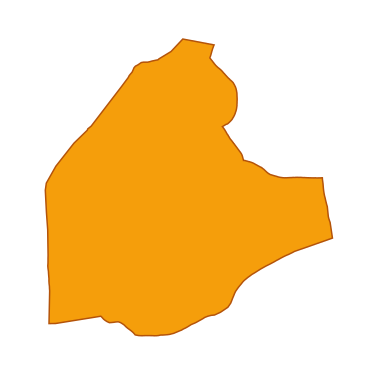 the district of Rahabah, Ma'rib, Yemen, rotated 8°
{"feature_id": "15242507B53834737304279", "entity_name": "Rahabah", "entity_type": "district", "adm_level": 2, "iso_a3": "YEM", "parent_name": "Yemen", "parent_adm1": "Ma'rib", "projection": "robinson", "projection_center": [45.139, 14.958], "detail": "fine", "context": "isolated", "style": "filled", "palette": "amber", "viewbox_px": 384, "rotation_deg": 8, "n_neighbors": 0, "source": "geoboundaries", "source_scale": "gbopen_adm2", "svg_char_len": 5978}
<svg xmlns="http://www.w3.org/2000/svg" viewBox="0 0 384 384"><g transform="rotate(8 192 192)"><path d="M155.6,341.4L157.2,341.5L159.2,341.6L161.4,341.4L163.5,341.1L165.7,340.7L168.0,340.4L170.1,340.1L172.4,339.8L174.7,339.6L176.7,339.3L178.8,338.8L180.9,338.0L183.1,337.7L185.4,337.2L187.6,336.7L189.7,336.1L191.6,335.3L193.6,334.5L195.4,333.4L197.3,332.3L199.1,331.2L200.9,330.2L202.6,328.8L204.5,327.6L206.2,326.3L207.9,324.9L209.5,323.5L211.3,322.4L213.2,321.3L214.9,320.1L216.7,318.7L218.6,317.3L220.3,316.0L221.9,314.6L222.1,314.4L225.0,312.8L228.1,311.5L231.4,310.7L237.1,307.0L243.6,301.1L245.8,296.7L246.5,293.8L247.0,291.6L247.7,289.0L248.3,286.5L249.0,284.3L250.1,282.1L251.2,280.0L252.4,278.0L253.6,276.1L254.8,274.0L256.1,272.2L257.6,270.6L259.2,268.8L260.9,267.2L262.9,265.2L264.7,263.8L266.5,262.3L270.2,259.1L271.9,257.8L273.6,256.5L275.3,255.2L276.3,254.5L279.1,252.6L283.1,249.7L285.1,248.1L287.1,246.7L288.9,245.3L290.7,244.0L292.4,242.8L294.4,241.5L296.3,240.4L298.2,239.1L300.0,237.9L301.7,236.6L337.5,218.1L333.0,202.9L332.2,201.4L331.1,199.1L330.4,197.3L328.0,187.6L327.2,185.9L326.4,183.9L325.5,181.7L324.7,179.5L323.8,177.4L323.0,175.1L322.3,172.8L321.7,170.5L321.2,168.3L320.6,165.6L319.4,161.3L319.1,159.8L318.6,159.9L318.2,159.9L317.7,160.0L317.4,160.2L317.0,160.2L316.4,160.3L316.0,160.3L315.7,160.4L315.4,160.4L314.8,160.6L314.3,160.6L313.6,160.7L312.9,160.8L312.1,160.8L311.3,161.0L310.5,161.1L309.7,161.2L309.0,161.3L308.2,161.4L307.5,161.4L306.9,161.6L306.0,161.6L304.7,161.8L304.3,161.8L303.6,161.9L303.0,161.9L302.6,162.0L301.5,162.0L300.8,162.2L300.1,162.2L299.5,162.3L298.5,162.3L297.9,162.4L297.2,162.4L296.7,162.5L295.9,162.7L295.5,162.7L295.2,162.7L294.6,162.8L294.1,162.8L293.7,162.9L293.2,163.0L292.5,163.1L291.8,163.3L291.0,163.4L289.9,163.5L289.0,163.8L287.6,164.0L286.5,164.2L285.5,164.4L284.4,164.6L283.5,164.8L282.6,164.9L281.6,165.1L281.0,165.1L280.1,165.2L276.7,165.2L276.0,165.1L275.5,165.1L274.8,165.0L274.0,164.8L273.2,164.7L272.4,164.6L271.6,164.5L270.2,164.3L269.0,164.1L268.4,164.0L268.1,164.0L267.7,163.9L267.4,163.9L267.1,163.8L266.6,163.7L266.1,163.4L265.1,163.0L264.6,162.7L263.9,162.3L263.5,162.1L263.0,161.7L262.4,161.3L261.3,160.5L260.9,160.2L260.3,159.8L260.1,159.6L259.3,159.2L258.6,158.8L258.0,158.4L257.7,158.2L257.2,158.1L256.8,157.8L256.5,157.8L256.1,157.7L255.8,157.6L255.1,157.3L254.8,157.2L254.5,157.1L254.0,156.9L253.5,156.8L253.0,156.5L252.4,156.3L251.9,156.1L251.2,155.9L250.6,155.6L250.1,155.4L248.7,154.9L248.1,154.7L247.5,154.6L246.8,154.4L245.5,154.2L244.7,154.0L244.4,154.0L243.6,154.0L242.9,153.8L242.5,153.8L241.9,153.7L241.4,153.7L241.0,153.6L240.5,153.5L240.2,153.5L239.7,153.5L239.2,153.4L238.8,153.4L238.6,153.5L238.5,153.1L238.3,152.7L238.0,152.2L237.8,151.6L237.6,151.1L237.3,150.5L237.1,149.9L236.9,149.5L236.7,149.1L236.5,148.7L236.3,148.4L236.1,148.0L235.8,147.6L235.5,147.2L235.0,146.6L234.7,146.3L234.4,145.9L233.5,145.1L233.2,144.8L232.6,144.1L231.8,143.4L231.2,142.7L230.7,142.2L229.9,141.4L229.6,141.1L229.2,140.7L228.6,140.1L228.0,139.5L227.5,139.0L227.0,138.4L226.5,138.1L226.1,137.7L225.9,137.3L225.5,137.1L225.3,136.8L224.8,136.3L224.2,135.7L223.1,134.7L222.6,134.3L222.3,133.9L221.9,133.5L221.5,133.0L221.3,132.6L220.9,132.2L220.5,131.8L220.2,131.3L219.8,130.8L219.3,130.2L218.9,129.9L218.5,129.4L218.1,128.9L217.7,128.3L217.3,127.8L216.9,127.3L216.4,126.7L216.2,126.4L215.7,125.8L215.1,125.1L214.7,124.8L214.5,124.5L214.2,124.2L213.8,123.9L213.6,123.6L213.4,123.4L213.0,123.1L213.4,122.7L214.1,122.1L214.9,121.5L215.1,121.3L215.7,120.8L216.0,120.5L216.7,120.1L217.6,119.7L218.0,119.3L218.3,119.0L218.5,118.7L218.8,118.4L219.0,118.1L219.3,117.8L219.5,117.5L220.0,116.8L220.3,116.5L220.5,116.1L220.8,115.7L221.3,115.0L221.5,114.6L221.8,114.1L221.9,113.7L222.1,113.2L222.4,112.5L222.7,111.9L222.9,111.3L223.1,110.7L223.3,110.1L223.5,109.5L223.7,108.6L223.9,107.8L224.0,106.8L224.2,106.1L224.3,105.5L224.4,104.7L224.4,104.3L224.5,103.8L224.5,101.2L224.5,100.5L224.5,100.1L224.3,98.9L224.3,98.4L224.2,97.4L224.1,96.6L224.0,96.1L224.0,95.6L223.9,94.7L223.8,93.9L223.6,92.6L223.4,91.7L223.3,91.1L223.1,90.0L223.0,89.5L222.9,88.8L222.8,88.3L222.7,87.9L222.5,87.1L222.4,86.8L222.2,86.4L222.1,85.9L222.0,85.5L221.7,84.9L221.5,84.2L221.2,83.5L221.0,83.0L220.7,82.6L220.5,82.2L220.3,81.7L220.0,81.3L219.7,81.0L219.5,80.6L219.1,80.0L218.7,79.5L218.3,79.0L218.0,78.6L217.7,78.2L217.3,77.8L216.9,77.5L216.6,77.3L216.2,76.9L215.8,76.7L215.5,76.5L215.0,76.1L214.7,76.0L214.1,75.6L213.8,75.3L213.3,74.9L212.9,74.6L212.5,74.4L212.1,74.1L211.7,73.8L210.6,72.9L210.1,72.5L209.8,72.2L209.5,72.0L209.0,71.6L208.8,71.4L208.3,71.0L207.7,70.4L207.4,70.2L207.0,69.9L206.4,69.5L206.2,69.2L205.8,68.8L205.4,68.6L205.2,68.3L204.7,67.9L204.4,67.7L203.9,67.3L203.5,67.0L202.7,66.5L202.4,66.3L201.8,65.9L200.8,65.4L200.4,65.1L199.7,64.7L199.4,64.4L198.8,64.0L198.5,63.8L198.0,63.4L197.6,63.1L197.3,62.8L196.8,62.3L196.5,62.1L196.2,61.9L196.0,61.6L195.8,61.3L195.4,61.0L195.0,60.7L194.7,60.3L194.3,59.9L194.0,59.6L193.6,59.2L193.2,58.9L192.7,58.4L192.2,57.9L191.9,57.6L191.4,57.2L191.0,56.7L191.5,54.3L191.8,52.1L192.1,49.7L192.5,47.2L193.0,44.9L193.0,44.6L193.4,43.3L161.6,41.8L151.7,55.8L140.8,64.7L139.8,65.9L138.5,66.3L136.3,67.1L134.1,67.9L132.1,68.8L130.0,69.6L128.0,69.9L125.8,70.2L123.7,70.9L122.1,72.4L120.4,73.9L118.5,75.2L117.3,77.0L116.7,79.3L116.0,81.7L114.8,83.5L113.6,85.5L112.9,87.6L107.7,97.1L83.0,140.8L81.5,142.4L80.0,144.0L79.7,145.4L68.3,160.1L53.6,185.4L46.5,203.5L46.5,210.7L50.7,232.5L54.4,249.7L58.3,274.8L58.6,277.5L59.0,280.3L59.3,282.6L59.5,285.3L60.1,288.0L60.8,290.3L61.3,292.8L61.8,295.1L62.4,297.7L62.7,300.0L63.2,302.5L63.9,305.1L64.4,307.9L64.8,309.7L68.7,342.2L75.2,341.2L119.0,327.7L120.5,328.8L122.1,330.2L124.0,331.3L126.0,332.2L128.4,332.9L130.7,332.4L132.7,331.9L134.7,331.3L137.0,330.8L139.2,331.2L141.3,332.1L143.3,333.1L145.4,334.7L147.3,335.9L149.2,336.9L151.2,338.0L153.2,339.3L155.0,340.8L155.6,341.4Z" fill="#f59e0b" stroke="#b45309" stroke-width="1.5"/></g></svg>